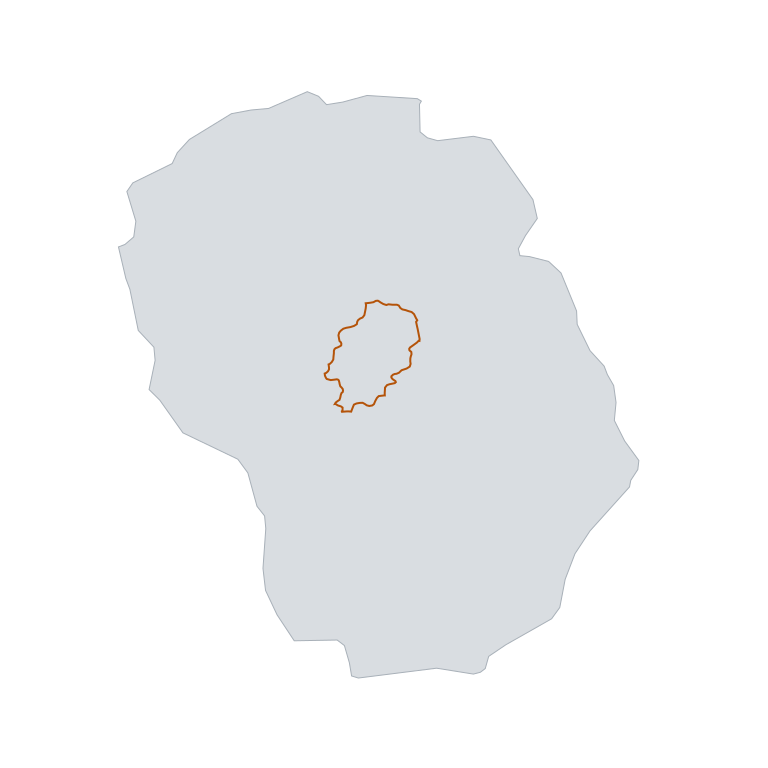 location of Čaška within North Macedonia, rotated 80°
{"feature_id": "MKD-2922", "entity_name": "Čaška", "entity_type": "Statistical Region", "adm_level": 1, "iso_a3": "MKD", "parent_name": "North Macedonia", "parent_adm1": "", "projection": "orthographic", "projection_center": [21.614, 41.585], "detail": "fine", "context": "in_parent", "style": "outline", "palette": "amber", "viewbox_px": 768, "rotation_deg": 80, "n_neighbors": 0, "source": "natural_earth", "source_scale": "10m", "svg_char_len": 3015}
<svg xmlns="http://www.w3.org/2000/svg" viewBox="0 0 768 768"><g transform="rotate(80 384 384)"><path d="M345.8,181.7L358.8,183.4L387.0,175.3L404.6,164.1L413.5,162.4L425.4,158.1L442.5,158.7L459.9,163.5L481.9,156.9L503.6,146.3L512.3,148.9L521.7,157.7L528.0,160.1L564.4,206.6L584.3,225.4L607.8,239.5L634.6,249.7L644.3,259.7L662.0,309.4L670.4,328.2L681.8,333.7L684.6,339.1L685.2,346.3L673.0,381.6L669.1,460.3L665.9,466.6L652.5,466.5L634.7,468.4L628.0,474.6L621.3,517.0L592.7,529.4L566.7,536.5L544.6,535.2L505.8,525.5L493.2,524.5L482.4,530.3L447.9,533.5L432.7,541.0L397.2,590.5L361.0,607.6L348.7,616.3L321.0,605.3L307.8,604.2L288.6,616.7L246.6,617.8L235.3,619.9L202.9,621.7L201.6,614.9L195.7,604.9L180.6,600.1L149.8,603.8L142.3,596.4L130.1,554.3L120.3,547.4L109.4,533.2L91.3,487.3L91.1,467.3L92.6,449.9L82.8,408.8L89.3,398.5L98.9,392.1L99.2,375.7L96.9,350.6L108.8,301.6L111.9,298.1L114.7,300.5L142.0,304.7L149.1,298.5L153.7,288.9L155.6,252.9L162.2,236.4L228.3,205.3L247.6,204.3L262.4,218.9L274.1,228.2L281.2,227.9L283.8,218.6L291.9,200.6L305.4,190.4L345.4,181.7L345.8,181.7Z" fill="#d9dde1" stroke="#a8b0b8" stroke-width="1"/><path d="M301.3,388.0L301.4,387.0L301.6,383.2L301.6,380.2L300.7,377.6L300.9,375.6L301.7,374.6L303.0,373.3L305.1,370.8L306.6,368.0L306.3,365.7L307.4,361.9L308.2,357.5L309.3,355.8L312.0,354.7L313.7,353.0L315.0,349.9L316.4,347.4L317.9,344.3L320.4,342.3L324.9,341.0L327.0,340.2L328.4,341.6L331.7,341.5L335.9,341.3L340.8,341.2L345.9,341.1L347.7,341.6L347.4,342.3L348.9,344.4L350.9,348.5L352.6,352.1L353.8,353.1L355.2,353.1L356.2,352.4L357.0,351.6L358.3,351.6L359.6,351.8L361.4,352.8L363.3,353.6L366.2,354.2L368.8,354.3L371.3,355.6L372.7,359.0L373.5,364.3L375.5,367.3L376.1,369.9L376.0,371.7L376.4,373.5L377.7,375.4L378.9,375.6L380.2,375.0L380.9,374.5L382.3,373.1L383.0,372.3L384.2,372.0L385.0,373.2L385.1,375.3L385.2,378.6L385.6,381.2L387.7,383.6L393.1,384.9L395.4,385.2L395.3,385.7L395.1,389.0L395.0,391.3L396.5,393.4L399.3,395.6L402.1,397.4L403.1,399.3L403.1,402.3L402.0,404.7L400.4,406.3L398.8,408.3L398.4,411.2L398.4,414.5L399.1,417.2L401.6,418.8L404.4,420.5L405.5,421.1L404.8,423.7L404.5,425.7L404.1,429.7L404.0,431.0L403.9,430.7L402.8,429.4L400.0,428.9L398.5,430.4L397.2,433.0L395.1,435.4L395.1,435.8L393.9,434.8L392.7,432.5L391.9,430.6L389.7,429.4L387.4,428.5L385.6,427.5L384.7,426.0L383.4,425.5L381.8,425.5L379.9,426.5L378.8,427.4L376.3,427.7L374.8,427.7L372.6,427.9L371.9,428.3L371.2,429.6L371.1,432.2L370.9,435.8L369.1,439.5L367.9,440.1L365.6,440.7L363.4,440.6L363.0,438.9L361.7,436.9L360.0,435.6L358.2,435.3L356.1,435.2L355.1,435.2L354.8,433.9L353.3,431.6L351.1,429.7L348.4,429.0L344.9,428.0L342.7,427.6L341.2,426.8L340.3,425.5L339.9,423.2L339.2,420.9L338.6,419.5L337.0,419.0L335.5,419.2L334.1,420.3L332.6,420.4L330.4,420.4L328.1,420.4L325.6,419.2L324.0,417.3L322.5,414.5L322.1,411.4L322.1,407.1L321.6,403.4L320.4,400.4L317.9,399.5L316.6,398.4L315.4,396.2L314.8,393.6L312.8,391.4L309.0,389.9L306.4,388.9L303.3,388.0L301.3,388.0Z" fill="none" stroke="#b45309" stroke-width="2"/></g></svg>